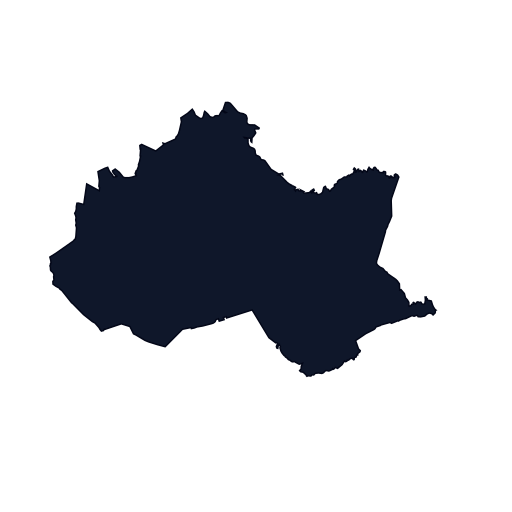 Atizapán de Zaragoza, México, Mexico, rotated 205°
{"feature_id": "50627088B87353641486675", "entity_name": "Atizapán de Zaragoza", "entity_type": "district", "adm_level": 2, "iso_a3": "MEX", "parent_name": "Mexico", "parent_adm1": "México", "projection": "albers", "projection_center": [-99.273, 19.564], "detail": "fine", "context": "isolated", "style": "filled", "palette": "ink", "viewbox_px": 512, "rotation_deg": 205, "n_neighbors": 0, "source": "geoboundaries", "source_scale": "gbopen_adm2", "svg_char_len": 6119}
<svg xmlns="http://www.w3.org/2000/svg" viewBox="0 0 512 512"><g transform="rotate(205 256 256)"><path d="M70.0,283.0L71.5,283.4L73.8,284.9L75.5,286.4L78.1,289.3L82.5,288.5L82.7,289.6L83.6,289.5L84.3,290.8L85.4,290.3L83.8,287.5L82.8,283.8L84.2,282.9L85.5,282.7L86.9,283.8L87.4,283.7L88.3,282.9L89.8,282.9L90.6,282.4L90.9,280.3L91.2,279.7L92.1,280.3L92.5,280.2L93.5,280.6L93.9,280.2L93.2,278.8L94.6,277.9L94.5,276.6L95.9,275.2L96.7,276.2L97.9,278.6L100.1,280.1L102.9,281.3L105.7,284.7L110.4,286.8L111.4,285.9L114.3,291.4L117.3,293.1L119.5,293.9L128.3,295.4L129.3,295.7L130.6,296.7L132.0,296.6L133.0,297.0L135.7,298.3L139.1,298.3L141.9,299.1L143.3,299.9L143.9,300.6L144.6,302.8L145.5,310.3L148.9,332.4L149.5,334.3L149.3,338.4L149.7,340.4L149.6,343.6L149.9,349.5L156.9,363.4L157.6,365.8L159.9,387.9L161.9,389.2L164.0,389.4L164.3,389.2L164.9,387.7L163.5,386.5L164.3,385.9L164.1,385.3L165.6,384.7L166.1,385.3L167.3,385.6L168.0,385.3L168.0,384.9L167.2,384.0L168.2,383.0L169.4,384.2L170.6,384.2L171.3,383.7L172.7,383.9L174.0,386.8L174.6,387.0L176.0,386.6L176.3,386.1L175.9,385.2L179.2,384.0L180.5,384.4L181.4,385.3L182.3,385.0L185.4,386.7L186.2,386.4L186.4,386.1L186.7,384.7L186.1,383.5L187.6,383.2L190.3,383.7L191.0,384.1L191.2,381.9L190.8,379.5L191.1,379.0L193.3,379.4L194.7,379.3L194.7,376.8L195.0,376.7L196.0,377.4L197.5,377.7L198.3,376.2L199.7,378.1L200.1,378.0L200.8,376.4L200.5,375.5L200.5,374.7L201.0,374.3L200.9,374.9L201.1,375.2L202.1,375.5L202.7,376.9L204.1,377.3L204.3,375.7L203.1,375.2L202.8,374.7L202.9,371.9L203.2,370.8L204.1,370.6L204.5,369.7L205.0,369.2L204.9,368.1L206.2,368.4L207.2,366.8L207.0,366.3L207.6,365.7L209.4,364.9L211.2,361.7L212.8,360.3L213.6,358.0L213.1,356.9L213.3,355.9L214.9,354.2L215.0,353.4L214.5,353.3L214.3,351.4L215.9,348.4L216.1,346.1L216.7,345.7L218.3,346.9L220.9,346.7L221.8,347.9L222.7,348.4L223.6,346.8L222.6,341.9L223.6,339.6L224.7,338.5L226.4,337.7L227.9,339.0L229.0,337.8L230.9,337.9L231.3,338.7L230.9,340.1L232.0,341.0L232.6,340.2L232.1,336.7L233.2,337.0L233.7,338.1L234.3,336.3L234.9,335.7L239.0,333.2L240.2,333.9L239.8,334.6L243.3,334.7L242.4,334.1L242.9,333.7L245.0,333.2L246.1,334.2L247.7,333.0L247.6,331.6L249.4,332.4L249.1,334.9L249.3,335.0L252.1,335.1L252.4,334.8L253.9,334.8L253.8,335.2L256.4,335.3L260.6,336.3L260.5,336.5L268.2,339.3L269.7,338.9L268.7,340.1L268.2,341.2L267.1,341.3L266.4,340.8L265.9,340.9L267.0,342.2L270.0,339.9L279.0,340.9L288.2,346.1L289.6,346.2L292.1,345.5L294.4,347.3L295.9,347.6L298.5,347.4L300.2,349.0L301.2,350.9L302.4,352.1L303.7,352.5L307.3,352.3L309.1,353.0L311.0,355.1L312.8,358.9L316.2,358.2L316.8,358.5L310.6,360.4L309.5,358.2L308.7,357.5L307.9,357.3L309.5,361.4L308.8,363.9L308.3,366.8L308.3,367.5L310.4,369.4L310.6,370.1L310.4,370.9L307.3,372.3L307.1,372.7L307.2,373.3L312.6,374.2L317.4,372.1L318.9,372.1L320.0,372.6L320.9,373.4L322.3,377.1L324.2,379.1L325.3,379.5L327.7,379.6L330.9,378.8L333.6,378.9L343.8,383.5L345.6,383.5L346.5,383.3L348.5,382.2L347.6,374.0L343.6,373.5L344.5,372.7L348.2,373.2L348.6,370.9L348.8,367.7L349.1,367.2L350.6,366.8L352.3,365.7L353.0,364.0L353.6,363.5L354.4,363.1L356.6,362.8L359.9,364.4L363.6,365.5L363.6,364.3L362.9,361.3L362.7,358.8L362.9,358.1L364.8,357.0L370.5,358.0L372.9,360.3L375.8,362.1L378.3,356.3L382.5,349.4L380.3,346.1L378.4,337.4L377.9,333.8L378.2,331.4L378.7,330.2L378.4,328.0L385.9,319.3L388.0,319.0L386.8,317.6L391.2,308.8L406.8,308.8L408.0,307.1L406.2,304.0L405.8,304.3L403.5,298.1L403.3,297.7L402.8,297.8L401.5,292.5L401.1,288.9L400.4,288.0L400.1,283.2L400.6,282.7L400.4,280.0L399.8,280.1L399.8,279.2L398.4,278.2L401.4,275.4L404.2,273.3L407.9,271.6L409.5,271.3L415.3,274.1L420.4,275.3L422.0,272.5L421.2,271.6L418.8,270.2L416.3,269.4L415.8,269.5L415.7,269.2L418.5,267.3L420.1,268.6L424.7,270.9L427.9,273.7L430.0,271.7L434.9,265.7L429.8,258.0L428.0,253.1L427.7,252.5L426.5,251.8L426.5,251.3L425.6,248.9L439.9,249.8L433.9,229.9L439.3,228.9L440.6,228.2L439.8,225.0L438.7,222.6L438.2,220.1L438.4,218.1L436.3,216.1L435.2,214.5L434.7,212.6L432.8,209.8L432.4,207.8L430.6,205.7L427.5,197.6L426.9,194.7L427.5,194.2L427.7,192.8L428.2,191.8L438.5,173.9L442.4,167.9L439.8,164.8L439.3,163.7L438.8,163.4L439.0,161.8L438.5,161.2L438.6,160.0L437.6,158.9L436.3,156.5L435.5,155.9L433.1,155.2L431.7,154.2L431.1,153.2L430.8,152.8L430.7,151.7L429.1,149.1L429.0,148.6L429.4,147.2L428.1,144.7L424.5,144.0L420.8,143.8L419.7,143.1L417.4,142.7L403.4,135.7L402.0,135.4L387.5,130.0L376.6,127.4L373.6,127.2L368.1,124.8L366.3,123.5L364.4,122.6L362.7,124.0L362.6,125.6L361.9,125.7L349.4,137.6L340.5,138.8L334.1,133.7L331.6,133.7L320.9,132.6L316.9,132.8L307.9,134.0L300.0,135.4L291.7,158.5L285.1,163.4L284.6,163.7L283.9,162.9L281.4,164.8L279.6,166.7L274.7,170.1L267.8,175.8L266.5,177.0L265.6,178.5L265.3,179.4L265.4,181.3L263.6,183.3L261.8,181.4L258.0,184.8L259.6,186.5L257.2,188.5L256.4,187.4L236.7,205.5L209.7,187.4L201.4,185.6L200.8,186.2L199.8,186.1L199.4,185.5L199.3,182.6L198.3,181.4L197.2,181.5L197.8,183.5L197.8,185.8L195.6,184.3L195.5,182.9L193.1,180.3L191.4,179.1L188.6,177.7L187.3,177.5L186.6,176.9L185.9,176.9L183.8,176.4L183.6,176.1L182.8,175.8L180.9,175.9L180.2,175.6L178.8,175.4L178.2,175.5L176.1,176.7L175.3,176.4L171.4,176.2L170.9,176.3L168.5,178.5L168.3,175.0L167.4,172.9L168.0,170.5L166.5,170.0L164.1,170.6L160.3,169.4L159.6,168.7L159.0,168.5L158.3,169.4L155.6,170.4L155.3,170.8L155.1,172.0L153.4,172.6L152.8,174.5L152.4,174.9L149.9,176.4L146.7,177.4L145.6,178.6L144.5,181.5L143.3,182.1L141.5,182.5L140.9,183.0L138.9,185.4L139.0,186.3L137.8,186.2L136.9,188.6L134.6,188.6L132.1,193.9L131.5,198.2L130.3,198.0L129.2,199.0L129.3,200.1L128.0,200.8L127.6,202.2L125.9,204.0L123.7,203.2L123.3,203.6L123.9,205.6L122.6,206.7L122.8,209.0L122.0,209.3L122.6,210.5L121.3,213.1L121.5,214.3L123.8,215.1L130.0,221.4L123.7,232.0L118.2,239.0L117.5,240.3L117.2,242.5L114.0,245.5L113.5,246.4L106.5,252.4L104.7,252.3L100.0,257.3L99.3,257.3L98.6,258.5L95.6,261.4L93.9,262.5L89.8,267.5L89.1,268.0L87.3,268.2L85.1,270.3L84.6,270.3L83.4,269.5L81.1,270.4L77.7,272.9L76.4,275.8L75.2,277.2L74.4,277.7L72.2,278.0L70.6,277.4L69.6,280.1L69.8,281.0L70.5,282.5L70.0,283.0Z" fill="#0f172a" stroke="#020617" stroke-width="1.5"/></g></svg>